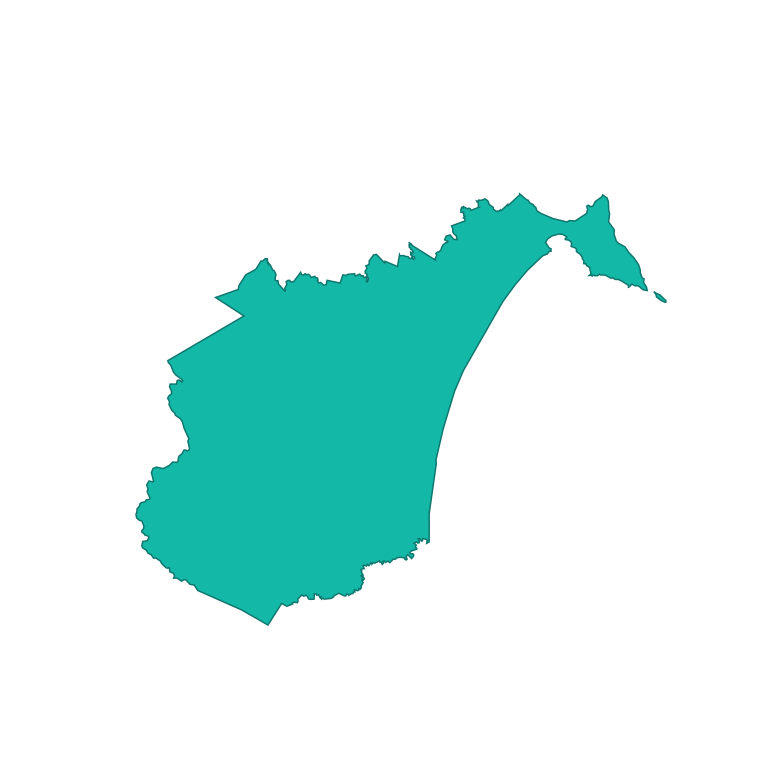 Wairoa District, Hawke's Bay, New Zealand, rotated 302°
{"feature_id": "76426892B8336521277252", "entity_name": "Wairoa District", "entity_type": "district", "adm_level": 2, "iso_a3": "NZL", "parent_name": "New Zealand", "parent_adm1": "Hawke's Bay", "projection": "mercator", "projection_center": [177.459, -38.945], "detail": "fine", "context": "isolated", "style": "filled", "palette": "teal", "viewbox_px": 768, "rotation_deg": 302, "n_neighbors": 0, "source": "geoboundaries", "source_scale": "gbopen_adm2", "svg_char_len": 6172}
<svg xmlns="http://www.w3.org/2000/svg" viewBox="0 0 768 768"><g transform="rotate(302 384 384)"><path d="M110.2,335.4L116.9,382.5L118.1,413.3L143.7,413.5L144.1,419.5L149.0,423.1L149.6,422.4L151.4,423.5L152.6,426.3L153.9,426.4L155.8,424.9L161.5,426.0L161.5,428.5L163.6,429.8L163.4,431.5L161.7,433.9L162.5,435.9L164.4,438.7L169.2,436.1L170.0,438.0L169.2,438.9L170.6,440.1L168.8,443.3L170.0,443.5L168.5,445.1L169.7,445.6L170.0,447.5L174.3,452.9L176.7,454.1L177.8,453.8L182.6,456.5L183.3,462.5L183.9,463.8L186.1,463.7L186.5,465.1L186.0,466.1L188.7,467.3L189.9,468.7L191.5,468.2L192.1,469.5L193.8,468.1L194.6,470.9L195.6,471.8L197.1,471.0L197.3,472.5L198.8,472.8L201.0,471.6L204.4,471.6L205.5,469.6L207.0,468.9L206.8,470.4L208.3,470.6L209.6,468.3L208.6,467.3L209.2,466.2L210.9,467.5L212.4,464.6L213.7,464.3L214.1,462.8L215.5,463.3L216.9,465.1L218.5,462.6L219.4,462.5L220.4,465.7L222.2,465.4L221.9,467.4L225.6,467.8L225.8,468.7L224.9,469.3L227.0,469.6L227.2,471.1L231.6,473.9L230.7,474.7L231.3,476.1L230.1,478.1L232.0,478.4L233.0,477.2L233.8,477.5L234.1,478.3L233.4,479.8L235.9,481.2L235.6,483.6L240.2,484.6L241.6,486.6L243.1,486.8L245.6,489.4L247.3,493.5L246.3,494.8L246.8,496.3L247.8,496.4L249.2,494.2L251.8,494.7L250.6,499.9L253.8,500.3L254.8,499.7L255.4,498.5L254.1,496.5L254.8,495.1L256.6,495.5L261.3,499.3L262.0,499.0L262.3,497.1L264.5,496.7L264.9,493.8L267.2,495.2L267.1,497.0L267.9,497.9L269.5,497.4L271.0,495.1L271.8,496.5L270.7,499.2L271.5,499.7L273.5,498.8L274.7,502.2L274.3,503.5L271.5,504.6L274.0,506.0L298.0,491.0L344.5,470.4L347.1,468.3L378.1,457.7L415.2,447.7L437.5,444.2L516.6,441.1L537.4,442.6L556.7,445.4L577.2,450.8L580.8,453.6L584.5,453.9L585.1,455.3L587.2,454.0L586.9,452.1L589.6,446.0L593.7,445.9L598.3,447.8L603.7,452.6L605.6,456.3L605.7,460.5L605.3,461.3L603.5,460.6L602.6,461.2L603.8,464.1L603.8,467.0L602.2,468.9L599.9,469.7L600.8,474.5L600.1,475.9L598.3,477.0L598.0,481.3L596.6,485.1L595.6,485.5L594.1,488.5L591.9,489.6L592.9,491.5L591.8,493.0L591.8,496.5L587.1,501.2L584.8,500.5L586.1,502.3L585.8,503.4L587.4,503.7L587.5,505.4L589.2,507.8L591.2,508.4L591.1,509.5L593.6,514.1L594.0,520.4L595.3,521.8L595.2,524.5L596.9,527.6L597.3,530.9L597.2,538.6L596.2,540.0L594.9,540.1L600.0,541.3L600.4,545.3L602.1,547.5L601.2,553.6L602.7,557.7L605.3,555.2L607.6,550.3L610.9,548.9L610.8,546.8L614.2,542.3L616.4,541.0L620.1,536.6L623.4,529.2L625.2,522.1L628.0,515.5L627.6,508.2L628.2,505.4L632.9,499.7L636.7,497.7L640.5,488.6L647.9,485.1L650.2,482.7L657.6,477.6L660.0,474.5L660.2,469.3L658.1,469.5L650.8,466.5L645.4,466.9L643.6,464.8L644.1,463.7L643.8,462.5L642.3,461.7L639.8,464.2L636.0,465.4L623.5,459.7L620.9,454.7L618.3,453.2L613.9,439.9L611.8,426.7L611.9,421.8L614.2,419.1L614.5,416.6L615.2,415.9L614.9,411.4L616.2,409.0L615.8,407.3L617.1,398.3L616.2,398.8L601.0,394.7L601.9,393.8L593.2,391.5L593.5,390.5L590.8,389.5L590.9,388.7L590.0,387.9L590.1,384.3L591.7,383.0L591.9,378.5L594.4,374.7L594.6,372.1L594.1,371.0L592.7,370.5L590.4,367.9L590.4,367.0L588.4,366.4L588.2,365.6L587.7,366.3L588.4,367.4L584.4,370.0L584.6,371.1L577.3,365.7L578.3,364.3L578.1,362.9L576.9,362.0L576.5,358.7L575.2,357.9L575.6,357.3L577.2,357.8L574.9,356.3L572.5,356.8L570.5,358.2L572.0,360.5L570.8,360.6L570.6,361.6L569.0,362.4L569.2,363.8L566.9,363.3L567.0,365.0L565.2,366.3L553.9,357.5L552.1,360.0L549.4,361.8L548.4,363.5L548.0,366.7L545.3,369.5L543.6,366.5L545.5,361.1L542.3,358.4L538.4,358.9L538.9,362.6L537.6,362.8L536.9,361.6L532.8,360.2L527.7,361.2L525.0,360.6L524.4,359.5L522.2,358.8L520.8,360.7L517.4,360.8L516.3,361.9L516.4,333.5L517.1,333.5L517.3,329.9L516.3,331.9L515.3,331.5L513.2,333.2L513.4,334.5L512.3,335.5L512.6,336.7L511.1,339.1L510.2,338.8L509.9,336.8L507.6,338.3L508.0,339.5L506.4,340.4L508.1,342.1L506.5,343.6L505.4,342.9L505.9,341.3L504.9,340.7L504.0,338.6L504.8,337.1L503.2,333.5L503.5,332.8L501.2,329.6L501.9,328.6L490.8,333.2L488.6,319.8L486.9,320.5L489.9,308.9L488.0,306.8L480.7,306.2L477.4,308.0L474.5,306.0L473.0,308.3L469.6,308.2L468.0,309.5L468.3,311.2L466.9,311.9L465.1,315.1L461.7,315.8L461.7,314.9L464.5,313.2L465.2,312.0L463.6,310.3L464.7,309.0L463.6,307.2L464.4,305.2L460.3,302.4L461.9,300.6L457.9,295.3L455.8,294.0L454.8,291.3L446.3,293.2L441.8,280.8L437.6,282.3L436.0,281.0L436.5,276.3L435.0,275.0L436.4,272.7L437.0,273.1L438.6,271.6L438.1,269.3L438.6,268.2L435.8,265.7L436.9,263.3L436.8,261.5L435.7,260.5L435.7,258.6L434.0,258.2L433.1,256.1L434.5,254.1L423.3,253.2L421.6,251.7L421.1,250.2L421.9,249.3L421.2,247.8L418.9,246.8L417.0,248.8L412.6,249.1L411.1,250.9L410.2,250.7L412.9,241.4L415.5,239.3L414.5,238.4L414.4,236.9L416.2,235.5L419.6,234.4L420.6,233.0L421.8,231.0L421.8,229.0L424.5,224.7L424.8,223.8L424.3,223.5L425.0,223.2L424.7,222.2L425.4,221.8L424.8,221.3L426.2,220.5L426.4,219.4L427.5,219.5L428.3,218.5L427.3,216.9L424.0,215.9L423.0,214.5L413.3,214.5L403.3,208.9L390.7,208.8L386.9,210.3L368.1,195.3L367.5,229.2L289.3,188.3L287.9,189.8L286.8,193.3L282.5,199.2L281.3,202.6L280.8,209.6L280.1,211.6L278.7,211.6L278.8,208.2L278.1,207.2L276.9,206.9L274.0,208.1L270.6,202.7L268.0,203.6L265.4,207.4L263.4,208.9L259.3,207.8L257.2,208.2L255.4,211.4L252.5,212.7L249.1,218.3L248.5,221.7L247.0,223.8L246.6,229.8L244.9,233.3L240.5,238.0L234.1,247.6L231.7,247.9L225.8,253.6L223.2,253.0L222.6,250.1L221.7,249.3L218.4,249.7L213.9,248.3L209.3,250.2L207.9,250.0L205.8,246.1L201.4,245.2L195.3,241.6L192.8,234.9L190.0,232.9L185.6,233.7L179.3,240.2L178.5,239.9L177.2,236.1L172.6,236.2L170.2,239.3L167.2,240.2L162.9,246.4L161.6,246.0L160.0,243.9L157.4,243.7L154.9,241.1L153.1,240.5L151.0,241.4L147.4,240.7L144.1,242.5L142.2,242.6L139.3,245.2L138.8,248.9L139.5,251.2L136.2,255.8L133.3,256.9L131.4,256.3L129.8,257.5L130.1,259.4L129.2,261.3L130.0,264.2L129.3,266.0L125.6,266.3L122.6,262.8L118.5,264.3L117.1,266.1L117.1,270.5L115.5,273.7L115.8,277.1L114.2,281.0L115.6,282.7L115.3,288.4L114.1,290.1L112.7,296.4L113.1,298.1L114.5,299.2L111.2,301.9L111.9,305.4L111.2,307.0L110.0,308.1L107.8,308.5L109.7,311.0L109.5,316.8L111.9,317.9L112.9,319.8L111.3,325.6L112.9,329.6L110.2,335.4ZM604.1,578.9L605.8,570.5L605.2,567.5L605.3,563.9L604.2,567.0L602.3,568.9L601.7,574.6L602.2,579.0L602.8,579.7L604.1,578.9Z" fill="#14b8a6" stroke="#0f766e" stroke-width="1.5"/></g></svg>